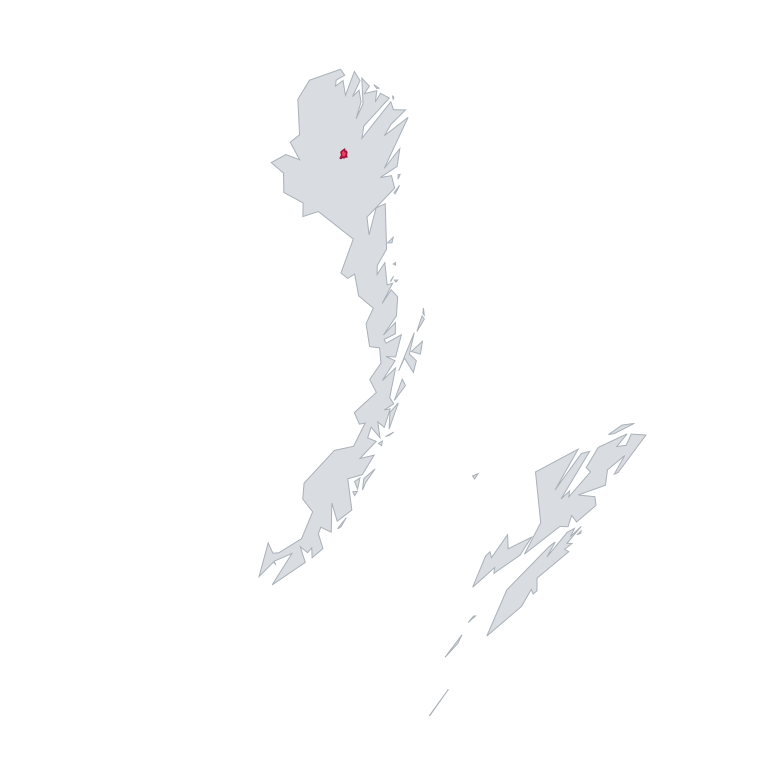 "Vestre Slidre" nor, Oppland, Norway shown in context, rotated 129°
{"feature_id": "86288312B11903368745588", "entity_name": "\"Vestre Slidre\" nor", "entity_type": "district", "adm_level": 2, "iso_a3": "NOR", "parent_name": "Norway", "parent_adm1": "Oppland", "projection": "natural_earth1", "projection_center": [8.94, 61.053], "detail": "fine", "context": "in_parent", "style": "filled", "palette": "rose", "viewbox_px": 768, "rotation_deg": 129, "n_neighbors": 0, "source": "geoboundaries", "source_scale": "gbopen_adm2", "svg_char_len": 5195}
<svg xmlns="http://www.w3.org/2000/svg" viewBox="0 0 768 768"><g transform="rotate(129 384 384)"><path d="M451.5,368.4L426.3,374.1L430.7,377.9L424.9,389.1L395.4,384.6L389.5,397.9L369.7,399.5L358.7,410.2L364.0,418.7L348.4,435.9L331.8,440.0L331.4,459.2L317.0,476.0L324.8,478.7L324.8,487.3L290.7,499.1L291.3,543.6L304.9,552.4L294.2,560.8L298.2,582.4L283.3,594.8L282.9,611.0L267.5,604.7L262.8,590.6L255.1,609.0L243.4,606.5L217.0,630.1L194.8,633.1L166.8,615.9L168.8,608.9L177.9,612.4L183.0,609.2L174.0,606.8L183.9,595.6L159.8,603.7L163.3,593.6L180.5,589.3L171.4,588.3L179.3,579.3L195.4,572.6L179.5,576.6L160.3,593.7L161.7,582.8L170.7,582.0L160.6,574.2L170.2,568.3L160.3,569.6L158.5,559.9L196.3,562.0L206.9,555.8L160.4,556.3L164.9,549.2L157.5,539.8L177.6,542.0L190.8,540.0L161.6,533.1L216.2,519.5L191.2,519.8L206.6,510.8L225.9,516.8L217.4,509.3L225.1,499.0L265.0,502.3L277.5,489.5L252.1,501.0L243.1,496.5L277.7,466.8L296.0,463.9L303.2,458.3L289.2,459.7L304.9,444.0L300.4,440.7L322.6,436.1L306.3,437.7L307.7,428.2L323.3,417.2L346.3,415.3L329.0,413.8L337.9,406.8L349.3,412.0L350.9,408.0L334.8,401.5L355.7,392.0L361.4,399.8L359.0,390.0L382.5,387.5L364.2,385.1L391.0,371.0L393.3,364.0L404.0,367.5L399.4,363.5L417.5,356.5L417.4,365.0L428.3,353.3L425.6,366.9L436.2,362.8L433.5,354.0L457.0,355.8L445.5,346.9L468.1,343.8L480.5,352.5L502.2,329.7L520.1,334.0L509.3,349.7L532.3,331.8L535.1,343.0L541.7,340.7L550.4,327.9L564.3,330.5L556.8,337.0L563.2,337.3L563.2,346.6L572.2,332.9L610.5,344.5L573.6,348.9L590.7,357.8L612.3,359.9L580.4,374.0L585.4,363.9L581.4,359.5L556.1,350.7L528.2,359.0L524.5,374.7L511.4,383.7L466.9,380.8L451.5,368.4ZM344.9,142.9L370.0,147.5L368.1,155.4L379.1,151.2L384.1,157.7L427.8,167.8L393.2,174.9L357.0,210.9L312.5,192.1L358.6,184.4L313.8,186.9L307.0,181.8L361.9,174.1L350.3,172.4L355.4,169.3L322.3,168.2L321.8,174.2L298.4,177.6L269.8,163.7L286.1,163.7L279.2,157.2L267.3,160.3L258.8,148.3L305.5,146.4L309.2,148.3L288.1,151.9L310.1,156.3L323.3,148.2L348.0,163.2L338.9,149.2L344.9,142.9ZM398.0,134.9L438.5,142.9L448.4,135.0L453.3,135.9L450.9,140.3L470.3,137.2L515.1,145.5L466.8,159.0L406.3,153.4L399.0,151.5L415.9,148.5L383.9,148.3L376.3,145.1L385.4,143.1L370.6,141.1L392.7,141.6L389.7,137.6L398.8,139.6L398.0,134.9ZM431.6,170.6L461.9,179.4L457.0,182.5L486.1,187.2L453.8,196.8L447.7,196.0L451.3,191.2L423.4,193.1L433.9,183.8L410.1,172.9L431.6,170.6ZM351.0,384.4L364.5,380.9L325.0,392.8L344.8,383.2L345.6,373.5L356.6,368.4L351.0,384.4ZM371.7,366.4L390.3,365.6L368.7,372.9L371.7,366.4ZM389.7,361.0L415.8,351.7L402.3,361.5L389.7,361.0ZM257.1,164.7L277.3,173.7L282.0,177.7L266.2,173.2L257.1,164.7ZM337.9,374.5L341.5,383.2L326.6,381.0L337.9,374.5ZM480.0,334.0L470.2,340.1L455.6,337.5L472.1,336.3L480.0,334.0ZM482.3,338.4L478.3,345.5L472.1,343.6L482.3,338.4ZM308.2,393.5L322.5,391.5L307.1,397.3L308.2,393.5ZM612.4,140.1L580.7,141.8L613.4,139.7L612.4,140.1ZM539.1,163.4L558.0,164.6L529.8,165.6L539.1,163.4ZM511.6,329.2L522.1,327.6L525.8,329.0L511.6,329.2ZM489.2,336.6L487.4,340.4L484.2,337.1L489.2,336.6ZM433.4,347.0L433.6,350.8L429.3,349.5L433.4,347.0ZM400.8,253.8L399.7,257.3L394.5,254.5L400.8,253.8ZM516.4,168.6L507.7,168.2L506.7,166.9L516.4,168.6ZM269.2,466.7L272.1,470.0L264.2,469.2L269.2,466.7ZM415.2,346.2L420.7,347.6L423.9,349.8L415.2,346.2ZM376.0,137.1L379.8,139.2L374.1,138.4L376.0,137.1ZM228.9,496.6L219.8,496.9L229.3,495.0L228.9,496.6ZM215.9,502.0L212.5,504.8L210.9,503.4L215.9,502.0ZM304.8,398.1L300.1,401.2L305.2,396.0L304.8,398.1ZM158.9,575.5L157.8,580.2L157.2,574.1L158.9,575.5ZM296.7,441.3L294.6,438.7L297.4,438.9L296.7,441.3ZM592.6,354.2L591.9,357.3L591.4,356.8L592.6,354.2ZM299.3,443.8L294.2,444.4L300.4,443.2L299.3,443.8ZM284.3,449.8L284.9,452.3L282.4,451.5L284.3,449.8ZM156.9,556.1L154.6,558.9L155.1,556.6L156.9,556.1Z" fill="#d9dde1" stroke="#a8b0b8" stroke-width="1"/><path d="M230.8,563.3L230.8,563.2L231.0,563.1L231.1,562.9L231.6,562.5L231.7,562.4L231.9,562.1L232.3,561.5L232.4,561.4L232.5,561.3L232.6,561.2L232.9,561.0L232.9,560.9L233.1,560.8L233.2,560.7L233.3,560.7L233.2,560.7L233.3,560.7L233.5,560.6L233.9,560.5L234.0,560.5L234.0,560.4L234.4,560.5L234.5,560.4L234.8,560.4L235.1,560.3L235.3,560.3L235.5,560.2L235.8,560.1L236.0,560.1L236.0,559.9L236.0,559.7L235.9,559.6L235.7,559.5L235.6,559.4L235.4,559.4L235.2,559.3L235.2,559.2L234.8,559.2L234.7,559.2L234.4,559.1L234.2,559.0L234.0,558.9L233.9,558.8L233.8,558.7L234.1,558.7L233.9,558.6L233.7,558.6L233.4,558.4L233.2,558.3L233.2,558.2L232.9,558.0L233.0,557.9L232.9,557.9L233.1,557.9L233.2,557.7L233.2,557.4L233.1,557.2L232.9,557.2L232.7,557.2L232.4,557.1L232.2,557.1L231.9,557.1L231.7,557.1L231.4,557.0L231.4,556.9L231.5,556.9L231.4,556.9L231.2,556.8L231.2,556.7L231.1,556.4L231.2,556.2L231.3,556.2L231.2,556.0L230.8,555.8L230.7,556.0L230.5,556.3L230.4,556.6L230.4,556.8L230.3,557.1L230.3,557.3L230.3,557.5L230.2,557.5L229.9,557.7L229.7,557.5L229.4,557.5L229.2,557.6L228.9,557.7L228.8,557.8L228.7,557.8L228.6,558.0L228.3,558.3L228.0,558.5L227.8,558.7L227.5,558.9L227.4,558.8L226.9,559.5L227.7,559.8L228.0,560.1L227.9,560.7L227.2,561.4L227.0,561.5L226.9,561.5L226.7,562.0L226.4,562.4L227.1,562.6L227.8,562.8L229.4,563.2L229.8,563.2L230.4,563.3L230.8,563.3Z" fill="#f43f5e" stroke="#9f1239" stroke-width="1.5"/></g></svg>